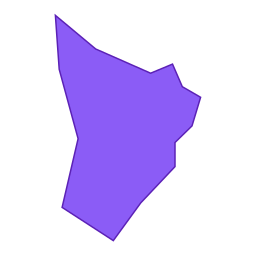 the border of San Lawrenz
{"feature_id": "MLT-5974", "entity_name": "San Lawrenz", "entity_type": "state/province", "adm_level": 1, "iso_a3": "MLT", "parent_name": "Malta", "parent_adm1": "", "projection": "mercator", "projection_center": [14.198, 36.047], "detail": "fine", "context": "isolated", "style": "filled", "palette": "violet", "viewbox_px": 256, "rotation_deg": 0, "n_neighbors": 0, "source": "natural_earth", "source_scale": "10m", "svg_char_len": 300}
<svg xmlns="http://www.w3.org/2000/svg" viewBox="0 0 256 256"><path d="M113.3,240.6L62.1,207.4L78.1,138.7L59.2,69.3L55.4,15.4L95.7,49.0L150.6,73.2L172.5,64.1L182.3,86.7L200.6,97.3L192.0,125.9L175.0,142.5L175.0,166.6L140.8,202.8L113.3,240.6Z" fill="#8b5cf6" stroke="#5b21b6" stroke-width="1.5"/></svg>